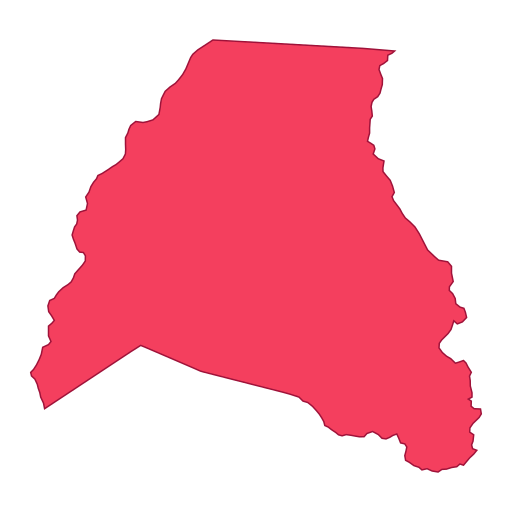 Hidrolândia, Ceará, Brazil (Mercator projection)
{"feature_id": "56859067B78038881550930", "entity_name": "Hidrolândia", "entity_type": "district", "adm_level": 2, "iso_a3": "BRA", "parent_name": "Brazil", "parent_adm1": "Ceará", "projection": "mercator", "projection_center": [-40.387, -4.435], "detail": "fine", "context": "isolated", "style": "filled", "palette": "rose", "viewbox_px": 512, "rotation_deg": 0, "n_neighbors": 0, "source": "geoboundaries", "source_scale": "gbopen_adm2", "svg_char_len": 3024}
<svg xmlns="http://www.w3.org/2000/svg" viewBox="0 0 512 512"><path d="M455.8,303.7L455.2,298.5L452.6,293.6L449.3,290.4L449.4,286.8L453.2,281.5L451.5,273.2L451.5,266.3L447.7,261.8L438.6,260.2L434.4,256.5L427.6,250.0L419.3,233.8L414.9,226.9L409.9,221.9L405.3,218.0L402.2,213.4L399.9,209.0L397.2,205.4L393.6,200.7L392.0,196.7L394.3,192.5L392.5,186.0L390.2,180.3L386.5,176.0L383.0,171.6L382.9,167.9L384.0,161.0L378.2,158.7L373.2,154.0L374.9,148.9L373.8,145.3L370.5,143.1L367.5,141.3L368.4,137.3L369.6,133.1L369.6,127.9L369.9,123.8L370.2,119.3L372.3,116.1L371.8,111.0L371.1,106.6L372.0,102.3L373.8,99.3L377.7,96.7L380.0,93.1L380.9,89.5L382.3,84.6L382.5,78.5L380.7,74.1L379.0,69.5L379.8,65.6L383.8,63.4L387.5,60.5L387.8,55.2L391.9,53.3L394.6,51.0L363.2,48.4L212.9,40.0L197.8,49.9L192.8,54.3L190.7,57.5L185.9,68.9L182.7,74.5L178.4,80.0L175.4,83.3L170.0,87.0L165.2,91.3L163.3,95.0L161.5,98.7L160.6,103.5L160.2,107.5L158.9,114.5L152.9,119.9L147.1,121.7L143.0,122.5L135.7,121.5L130.7,125.5L128.9,129.4L127.9,132.9L125.5,137.6L125.5,144.0L125.7,149.7L125.4,154.0L123.0,158.7L119.1,162.1L116.0,164.6L112.5,166.6L107.9,169.8L102.1,173.5L97.9,175.5L96.5,178.8L93.6,182.2L90.9,186.6L89.0,192.1L85.7,197.0L87.5,203.5L86.1,210.1L80.0,211.9L76.9,215.7L77.5,220.1L76.7,224.0L74.6,226.9L73.4,230.6L72.1,235.0L73.4,239.1L75.1,243.3L77.0,249.0L79.7,252.1L83.4,252.5L85.4,255.8L85.3,261.0L82.4,265.2L78.2,269.9L74.8,273.8L73.4,277.9L71.2,281.9L68.0,284.6L63.1,287.7L58.7,291.8L56.4,294.9L54.3,298.4L49.7,300.5L47.9,305.9L48.7,311.7L51.6,315.8L54.3,320.4L52.0,323.1L48.5,326.1L48.5,330.3L48.5,335.9L51.0,341.5L48.5,344.6L42.7,347.3L41.3,354.3L39.2,359.5L36.5,364.9L33.6,369.4L30.7,372.4L31.5,375.9L34.9,379.1L37.3,384.3L38.3,388.4L39.8,392.6L40.7,397.1L43.5,403.1L44.6,408.7L131.2,351.4L140.7,345.4L144.9,347.1L193.0,367.8L200.5,371.1L204.0,372.1L282.9,392.2L290.1,394.2L299.0,397.1L303.0,401.1L307.8,402.5L312.6,406.4L316.3,410.5L319.3,414.1L321.7,417.8L323.8,421.6L324.8,425.5L328.3,427.1L331.3,429.5L335.8,432.5L338.5,434.8L342.1,435.8L346.2,434.6L351.1,435.3L355.9,436.2L359.5,436.8L364.1,436.7L366.9,433.5L372.6,431.5L378.4,434.6L382.0,438.3L386.0,438.9L389.8,437.3L392.9,435.4L396.8,434.0L398.7,438.1L400.6,442.9L404.8,443.9L406.8,447.0L406.0,451.0L404.8,455.6L405.6,460.3L409.3,462.3L413.9,465.6L419.0,467.3L421.9,469.9L427.1,468.7L432.1,471.0L438.1,472.0L441.9,469.4L446.5,469.1L451.6,467.5L456.8,466.7L459.9,464.0L463.5,465.2L469.7,457.8L473.7,454.1L476.8,450.3L472.6,448.7L471.6,444.9L473.0,441.2L473.7,434.8L469.7,432.1L469.9,427.9L473.0,423.4L479.1,417.5L481.3,413.9L480.5,409.0L474.1,408.7L471.1,406.2L471.3,401.1L468.3,399.1L472.0,397.1L472.0,392.8L470.3,386.0L470.2,380.6L469.5,376.1L471.3,372.3L468.0,367.0L466.0,363.0L463.5,360.5L459.3,362.0L455.4,363.2L450.8,358.7L446.5,356.2L442.3,352.5L439.0,347.9L439.3,343.3L441.7,339.9L445.0,336.6L448.1,333.5L451.0,329.5L452.3,325.6L453.8,320.8L457.3,323.9L462.4,321.9L466.6,317.5L465.4,312.3L463.9,308.3L460.0,307.1L455.8,303.7Z" fill="#f43f5e" stroke="#9f1239" stroke-width="1.5"/></svg>